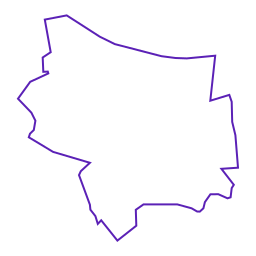 outline of Kimmage-Rathmines Lea-6, Dublin, Ireland
{"feature_id": "5873133B27711850706283", "entity_name": "Kimmage-Rathmines Lea-6", "entity_type": "district", "adm_level": 2, "iso_a3": "IRL", "parent_name": "Ireland", "parent_adm1": "Dublin", "projection": "orthographic", "projection_center": [-6.288, 53.318], "detail": "fine", "context": "isolated", "style": "outline", "palette": "violet", "viewbox_px": 256, "rotation_deg": 0, "n_neighbors": 0, "source": "geoboundaries", "source_scale": "gbopen_adm2", "svg_char_len": 723}
<svg xmlns="http://www.w3.org/2000/svg" viewBox="0 0 256 256"><path d="M28.8,137.3L53.1,151.9L89.9,162.8L80.8,171.2L79.0,175.1L89.9,204.7L90.4,209.7L95.4,216.1L97.8,223.9L101.2,220.3L117.4,240.6L136.3,225.7L135.8,209.8L143.5,204.4L177.3,204.4L191.6,208.3L197.1,211.5L199.8,211.6L203.4,208.3L204.9,202.1L210.4,194.3L218.3,194.2L227.5,198.3L230.6,197.3L231.7,188.1L233.8,184.8L221.4,168.8L238.0,167.7L235.4,135.2L232.2,121.9L231.7,101.8L229.3,94.9L210.3,100.7L215.2,55.7L186.8,58.4L175.5,58.0L161.5,56.2L114.8,44.1L99.8,36.7L66.7,15.4L44.8,19.6L50.7,52.2L42.7,57.5L43.3,71.8L47.8,71.6L48.3,73.4L30.2,81.8L18.0,98.7L31.4,112.7L35.4,120.7L33.8,130.0L30.0,133.7L28.8,137.3Z" fill="none" stroke="#5b21b6" stroke-width="2"/></svg>